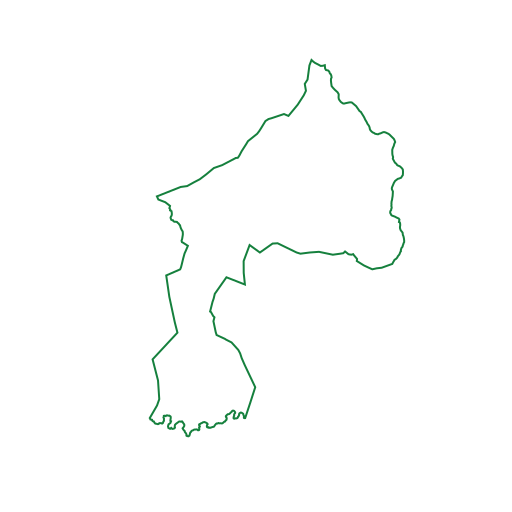 outline of Koko-Besse, Kebbi, Nigeria, rotated 216°
{"feature_id": "59680162B63684780260143", "entity_name": "Koko-Besse", "entity_type": "district", "adm_level": 2, "iso_a3": "NGA", "parent_name": "Nigeria", "parent_adm1": "Kebbi", "projection": "natural_earth1", "projection_center": [4.329, 11.446], "detail": "fine", "context": "isolated", "style": "outline", "palette": "green", "viewbox_px": 512, "rotation_deg": 216, "n_neighbors": 0, "source": "geoboundaries", "source_scale": "gbopen_adm2", "svg_char_len": 6024}
<svg xmlns="http://www.w3.org/2000/svg" viewBox="0 0 512 512"><g transform="rotate(216 256 256)"><path d="M246.7,62.5L246.2,62.4L245.4,61.7L244.5,62.0L243.8,62.4L243.1,61.8L242.3,61.7L241.4,62.1L240.3,61.5L239.0,61.2L237.8,61.8L236.5,62.3L236.0,63.0L236.0,63.9L234.4,65.1L233.5,65.2L233.2,65.9L233.2,66.5L233.6,67.4L233.6,68.6L234.0,69.0L234.5,69.8L234.9,70.4L235.9,70.9L236.1,71.6L236.6,72.5L235.9,73.2L234.9,73.4L234.8,74.1L234.4,74.8L233.0,75.3L232.4,75.9L231.6,75.9L231.1,76.0L230.4,75.7L229.7,74.7L229.1,73.5L228.4,72.3L227.6,72.4L227.1,70.6L227.8,68.4L227.1,66.5L225.8,65.4L223.9,65.7L223.6,67.1L222.1,66.9L221.5,67.5L220.7,68.6L220.7,69.5L221.7,70.5L222.3,71.8L222.1,73.2L220.9,76.9L220.3,77.4L219.0,78.0L218.7,78.7L217.6,78.5L216.5,78.0L215.1,77.6L214.2,76.5L214.0,75.0L214.1,73.5L213.1,73.0L211.9,72.6L210.8,72.5L210.1,71.8L209.1,71.5L208.4,71.4L206.9,70.4L206.7,69.8L205.9,69.8L204.6,70.5L204.3,71.6L204.9,73.2L205.4,74.4L205.4,74.8L205.2,75.1L205.3,75.9L205.3,76.6L205.0,77.3L204.4,78.1L204.2,78.8L203.9,79.3L202.8,80.2L202.3,80.6L202.0,80.9L201.4,81.0L200.9,81.0L200.6,80.9L200.0,81.3L199.8,81.6L199.8,82.1L200.0,82.6L200.9,83.4L201.2,83.7L201.3,84.1L201.1,84.9L201.3,85.2L202.1,85.4L202.6,85.7L202.9,86.1L203.0,86.5L202.8,86.9L202.5,87.1L202.4,87.6L202.2,88.2L201.5,89.3L201.2,90.2L200.2,91.3L199.5,91.5L199.0,91.7L197.5,91.9L196.5,91.7L196.2,91.3L196.3,90.6L196.2,90.2L195.4,89.0L195.0,88.8L194.5,88.8L193.9,89.5L193.2,89.3L192.9,89.5L192.5,90.0L192.2,90.0L191.9,90.3L191.2,91.3L190.6,92.2L189.8,93.0L189.7,93.6L189.8,95.0L189.7,95.8L189.7,96.5L189.5,97.2L189.3,97.5L188.7,97.8L188.3,98.6L188.1,98.9L187.4,99.0L186.2,100.0L185.7,100.2L185.3,100.4L184.9,100.8L184.6,101.6L184.4,102.8L184.2,103.4L183.9,103.7L183.7,104.1L183.9,104.7L183.9,105.2L183.7,105.6L183.6,106.0L183.7,106.4L184.0,106.8L184.3,107.5L184.6,107.7L184.9,108.0L185.2,108.2L185.6,108.1L185.9,108.3L186.2,108.6L186.3,109.1L186.0,110.8L185.9,111.3L185.6,111.6L185.1,112.0L184.8,112.4L184.5,113.5L184.5,114.4L184.1,115.4L184.2,116.6L184.0,117.1L183.6,117.4L183.2,117.7L182.6,117.8L181.4,117.5L180.8,117.1L180.6,116.8L180.6,116.5L180.7,116.1L180.7,115.7L180.6,115.4L180.5,114.9L180.0,114.1L179.7,113.9L179.6,113.0L179.0,111.8L178.8,111.6L178.4,111.5L178.1,111.5L177.7,111.8L177.6,112.2L177.3,112.5L176.5,113.0L175.9,113.8L175.8,114.2L175.8,114.7L176.0,115.1L176.1,115.6L175.9,116.0L176.1,117.2L176.3,117.7L176.7,118.0L176.8,118.4L176.9,118.9L176.7,119.5L176.3,120.4L175.7,120.7L175.0,120.8L173.6,120.8L172.7,120.0L171.7,119.5L171.4,119.1L171.2,118.6L170.9,118.3L170.7,118.0L170.4,117.9L170.1,118.0L169.5,118.5L174.4,133.9L179.5,149.4L201.3,161.3L207.6,165.0L211.6,167.9L215.1,169.6L225.0,171.7L231.3,170.7L232.4,170.7L241.4,168.9L243.8,170.7L252.1,178.2L253.6,182.0L255.4,182.3L259.5,184.2L260.5,184.1L264.2,193.3L265.2,196.6L267.1,201.2L267.4,221.4L248.2,226.4L256.0,235.1L263.0,244.6L267.6,261.1L254.9,261.1L249.9,275.8L246.0,279.0L225.2,282.7L221.4,284.0L214.6,290.4L207.5,296.4L194.6,302.2L189.6,307.0L187.0,309.6L186.6,312.0L183.8,311.9L182.3,311.8L181.1,312.3L179.4,313.3L178.5,314.6L177.3,314.2L172.5,313.0L171.5,311.2L163.1,311.8L157.9,312.8L154.1,313.6L151.1,317.0L147.4,320.4L141.1,329.7L141.4,331.6L141.5,333.0L141.7,334.3L141.0,336.1L140.8,337.9L141.1,338.9L140.9,341.5L141.3,342.9L141.6,344.3L141.6,345.2L142.2,345.7L143.0,347.9L142.9,349.7L143.4,350.7L143.7,352.0L144.1,352.9L144.3,354.3L145.3,355.7L146.9,357.4L148.4,358.7L149.5,359.3L151.2,361.1L153.4,361.7L154.3,362.0L155.8,363.1L156.6,364.1L157.5,365.8L158.6,367.1L159.4,367.7L160.3,367.5L161.4,369.8L162.6,370.2L165.0,369.7L166.7,369.5L169.9,368.6L170.8,368.7L171.3,369.1L172.4,369.5L173.2,370.3L173.7,371.4L173.7,372.7L174.3,373.7L174.4,374.4L174.9,375.2L175.9,376.0L176.4,377.0L177.2,377.9L178.4,379.9L179.0,381.5L179.7,382.8L180.7,384.8L181.9,386.7L183.2,388.7L185.2,389.8L186.0,390.7L186.4,391.8L186.9,394.1L187.4,396.1L187.6,398.5L186.6,401.8L185.7,402.9L184.6,404.7L184.8,406.3L184.7,407.5L185.4,408.8L186.7,410.7L188.1,412.3L189.7,412.8L191.1,413.0L192.5,413.1L193.9,412.7L195.1,412.5L196.8,413.1L198.5,413.2L202.5,415.1L203.2,416.6L204.8,417.8L205.7,418.7L208.2,422.0L208.9,424.2L209.2,425.9L210.1,428.2L210.4,430.0L212.0,431.1L213.4,431.8L216.8,432.3L218.7,432.6L219.4,432.7L220.6,432.7L223.8,432.1L225.3,431.5L226.1,430.6L227.4,428.3L228.2,427.4L228.7,426.3L229.5,425.8L231.5,424.9L232.9,424.9L233.9,424.6L235.5,424.6L237.4,425.0L238.6,425.7L239.6,426.7L240.8,427.5L241.7,427.9L243.4,428.4L245.4,429.5L247.8,430.5L249.7,431.6L251.0,432.2L254.7,433.7L255.9,434.2L257.4,434.1L263.1,436.1L267.0,436.4L268.8,436.5L269.8,435.9L270.8,435.1L271.6,434.2L273.5,432.1L274.2,431.2L275.1,430.6L276.4,430.5L277.9,430.5L280.0,431.1L281.3,431.7L282.4,432.8L283.5,434.5L284.2,435.5L286.2,436.4L289.9,436.8L292.5,437.3L294.7,437.9L297.2,440.5L298.6,442.1L299.5,443.5L299.8,444.9L301.0,446.1L302.3,447.0L303.5,447.1L305.1,448.2L306.6,448.5L308.7,447.6L310.3,448.3L312.5,450.8L313.7,449.2L315.4,447.8L318.0,447.5L321.8,446.9L323.8,446.9L326.3,447.2L324.8,441.6L318.0,429.0L317.7,423.9L312.7,419.0L311.8,414.0L311.2,402.9L312.1,388.4L316.8,387.3L324.5,376.5L326.5,374.0L326.5,373.7L327.7,370.8L327.0,362.2L326.8,358.7L326.9,355.5L330.0,344.2L329.7,340.8L329.2,332.2L328.5,327.5L328.4,324.9L328.7,324.5L330.1,323.3L330.2,322.9L336.8,309.6L341.8,302.4L344.3,292.6L346.6,285.0L349.5,279.2L352.8,272.1L357.5,267.6L371.2,246.0L368.2,244.3L365.1,245.1L361.0,246.2L355.0,246.0L354.6,245.1L354.2,243.8L352.6,243.2L352.3,242.4L350.7,242.6L349.4,241.3L348.6,240.3L348.0,239.0L348.0,237.9L347.6,236.7L345.9,235.5L344.9,235.7L344.1,236.1L343.4,235.7L342.2,235.7L341.1,236.5L340.0,237.1L338.8,236.8L337.6,236.8L336.5,236.3L335.5,236.2L334.4,235.2L332.9,234.2L331.2,233.3L329.8,232.8L328.8,231.7L327.7,230.2L325.8,226.4L325.2,224.6L324.1,223.7L322.7,223.9L317.1,224.2L315.9,219.1L315.3,216.1L313.5,211.3L311.1,205.5L310.0,202.7L309.5,200.6L317.2,187.5L302.1,172.0L282.7,154.6L274.5,147.8L278.9,111.6L262.1,97.7L250.1,83.3L248.2,76.9L246.7,62.5Z" fill="none" stroke="#15803d" stroke-width="2"/></g></svg>